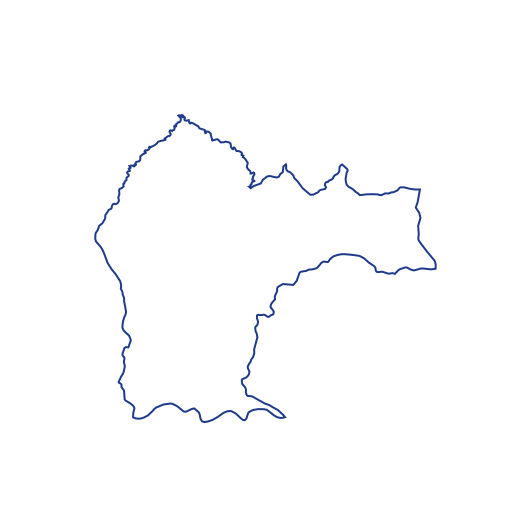 Vijes, Valle del Cauca, Colombia (Albers equal-area conic projection), rotated 67°
{"feature_id": "7082276B51677864129735", "entity_name": "Vijes", "entity_type": "district", "adm_level": 2, "iso_a3": "COL", "parent_name": "Colombia", "parent_adm1": "Valle del Cauca", "projection": "albers", "projection_center": [-76.484, 3.756], "detail": "fine", "context": "isolated", "style": "outline", "palette": "blue", "viewbox_px": 512, "rotation_deg": 67, "n_neighbors": 0, "source": "geoboundaries", "source_scale": "gbopen_adm2", "svg_char_len": 6134}
<svg xmlns="http://www.w3.org/2000/svg" viewBox="0 0 512 512"><g transform="rotate(67 256 256)"><path d="M415.7,292.3L413.1,293.0L406.4,296.0L402.0,299.5L398.6,301.8L395.4,305.4L383.6,314.5L381.6,318.3L380.9,318.7L379.6,318.9L377.4,318.5L375.0,317.4L373.6,317.3L372.1,317.4L369.0,318.5L367.4,318.5L364.7,317.6L364.1,316.7L364.0,312.3L362.9,309.8L361.8,308.5L359.8,307.2L356.1,307.3L354.8,307.0L352.8,304.9L351.4,302.5L349.5,300.9L348.2,298.7L346.3,296.7L344.8,295.6L341.1,294.1L331.4,286.5L327.9,285.7L324.8,285.7L322.1,284.9L321.1,284.3L319.9,281.7L318.3,280.3L317.0,279.7L313.5,279.4L311.3,278.4L310.9,277.9L311.0,277.0L312.0,275.4L312.6,273.7L312.9,272.1L313.6,271.0L316.6,269.0L316.8,268.4L317.0,267.7L316.4,265.8L316.4,262.9L314.7,261.6L314.0,261.4L311.7,261.8L309.1,262.6L308.1,262.3L306.7,261.3L305.4,259.7L303.3,255.4L301.1,254.7L299.8,253.8L296.7,250.3L294.3,249.3L293.3,248.4L292.9,247.0L292.3,242.2L297.2,232.9L294.7,228.2L288.5,222.5L288.2,221.8L288.0,221.0L289.3,215.5L289.2,212.5L290.3,209.5L290.9,205.0L290.5,203.6L287.9,198.6L287.5,197.0L287.6,195.9L289.6,192.3L289.6,191.8L288.1,189.5L287.0,186.6L286.6,184.5L286.9,180.6L287.8,176.4L289.4,172.8L293.1,166.0L296.1,161.1L297.0,160.1L300.5,157.3L305.8,154.9L311.7,151.1L313.2,150.7L316.3,151.4L317.1,151.3L317.7,151.1L318.6,149.8L319.5,146.6L320.2,145.4L323.5,141.7L324.4,140.0L325.1,137.0L326.7,135.2L324.6,130.3L324.4,128.7L324.8,123.2L325.5,121.7L329.4,118.4L331.0,116.3L332.0,109.1L332.6,107.5L336.7,100.1L337.9,95.7L334.2,94.0L331.7,93.5L329.8,93.5L319.0,96.8L308.0,99.6L304.9,100.1L303.6,99.9L299.6,97.7L291.5,94.9L285.2,89.7L279.9,88.9L273.8,90.0L269.5,86.1L258.8,79.1L257.1,83.3L254.2,88.2L250.7,92.8L249.3,96.0L249.3,97.2L250.8,99.9L251.0,102.4L250.9,105.0L250.3,106.7L250.3,109.4L248.8,112.7L249.0,116.8L247.8,118.8L246.8,119.9L244.7,124.5L242.5,130.0L240.5,136.7L238.3,137.6L235.7,139.3L232.3,140.8L228.5,143.7L225.9,144.7L223.4,144.4L220.2,143.5L215.0,140.2L213.4,138.4L212.4,138.1L211.3,138.2L205.4,141.0L205.7,142.7L206.7,144.3L210.6,146.3L212.0,148.3L212.4,149.6L212.3,150.9L212.8,152.7L213.8,154.1L214.6,154.7L215.1,156.0L215.2,159.7L215.9,160.9L215.5,162.3L215.8,163.3L216.9,164.5L217.7,164.9L220.1,164.7L221.2,166.1L220.4,171.2L220.7,172.4L221.6,173.9L221.9,179.4L220.8,182.1L212.1,186.5L203.7,188.5L199.2,190.3L196.5,190.2L194.1,191.0L191.9,192.1L190.6,193.6L189.0,194.2L187.1,194.1L184.5,192.8L183.3,192.7L184.3,195.8L189.2,198.5L190.1,201.7L191.9,203.9L191.9,205.7L191.6,206.7L187.9,211.8L187.3,213.6L187.2,214.9L188.5,219.9L191.1,223.3L190.7,231.0L191.6,234.3L189.5,235.3L189.7,233.9L188.5,233.4L188.2,233.1L188.3,232.2L186.8,231.2L186.3,230.1L186.5,228.3L186.1,228.1L184.8,229.5L183.9,229.5L182.9,228.1L182.0,228.0L180.5,225.8L179.5,225.3L178.8,225.2L178.1,225.8L178.4,227.9L177.9,228.8L177.0,228.3L175.3,228.3L174.3,228.6L173.9,229.1L171.0,229.8L169.9,229.3L167.1,227.2L162.4,228.0L160.7,228.8L159.8,229.5L158.7,228.4L157.3,229.8L156.2,228.8L155.1,228.9L152.9,230.5L151.8,232.9L147.8,233.5L147.5,234.1L148.7,235.4L148.4,235.9L145.8,236.4L142.8,235.5L141.3,236.0L138.8,239.3L138.7,241.4L137.9,243.0L137.8,243.9L136.6,244.5L134.2,245.3L133.3,246.1L132.6,250.9L132.0,251.2L130.8,250.7L128.6,250.6L125.7,249.9L123.1,251.0L122.2,252.5L123.2,254.2L123.1,254.6L121.3,254.4L120.8,253.9L120.0,254.0L116.3,258.2L113.9,258.5L112.5,259.8L110.3,261.2L108.4,263.0L107.9,263.6L108.4,264.5L108.1,265.1L106.9,265.3L104.6,264.9L104.3,267.1L103.3,268.5L102.5,268.6L101.1,267.4L100.5,267.5L99.6,269.4L98.9,269.4L98.7,268.2L98.0,268.4L97.1,269.2L97.2,270.0L97.7,270.4L97.7,270.9L96.3,271.9L96.4,272.6L99.7,271.5L100.8,271.7L101.9,272.4L102.9,273.8L102.5,275.6L103.2,276.7L103.5,278.1L105.1,278.6L105.4,279.2L104.3,279.9L104.3,280.1L104.9,280.7L106.8,281.1L107.9,282.1L107.8,283.6L108.2,284.4L107.0,285.3L107.0,286.4L107.8,287.1L110.5,286.9L111.5,287.8L111.7,289.1L111.3,289.9L112.1,293.8L112.3,294.2L113.3,293.8L113.7,294.1L112.6,300.3L112.8,302.0L113.6,303.1L114.5,306.3L114.6,310.2L113.8,311.4L114.3,312.1L115.3,311.9L115.9,312.8L116.2,314.9L115.5,316.4L115.6,317.2L116.5,317.9L117.6,317.1L118.0,317.2L118.2,320.7L119.1,323.5L122.1,324.9L122.8,325.6L123.1,327.0L122.7,328.8L122.9,330.2L123.5,330.7L124.9,330.7L125.2,331.1L124.6,331.9L124.6,332.3L125.7,332.5L125.9,333.0L125.7,333.5L124.9,334.0L124.3,334.8L123.9,335.8L124.3,336.5L123.9,337.2L125.7,337.0L125.7,338.6L126.0,339.1L127.7,338.6L128.4,338.9L128.2,340.9L128.3,341.5L129.0,342.1L129.8,342.1L131.6,341.4L132.5,341.9L133.4,344.6L135.6,345.7L136.0,347.5L137.7,348.9L137.5,349.4L137.8,350.0L140.4,350.8L141.0,353.3L141.0,355.3L141.6,356.1L146.0,357.8L148.3,359.9L151.2,360.4L151.9,360.9L153.2,362.6L153.5,363.9L153.3,365.3L152.5,366.2L152.4,367.2L153.4,368.8L155.7,370.5L156.0,371.6L156.0,373.6L157.3,375.2L159.5,378.7L162.2,380.0L163.4,381.2L165.8,384.6L167.0,388.6L170.4,391.7L172.1,394.4L173.4,395.4L177.5,397.3L180.1,397.6L187.1,395.4L190.2,394.9L192.9,394.8L204.6,395.3L211.7,394.1L217.5,392.4L226.0,390.9L228.6,391.2L231.1,391.9L233.3,393.2L236.5,393.0L240.0,393.8L243.1,393.8L245.8,395.0L256.1,397.3L257.5,397.9L259.5,399.5L260.7,401.0L264.3,404.0L267.1,405.7L269.9,407.0L272.8,406.9L275.1,406.1L279.6,404.0L282.8,403.9L284.9,404.3L290.2,409.2L289.0,411.5L289.4,413.1L294.0,417.2L295.3,417.6L297.7,417.0L298.7,417.0L301.8,419.0L306.2,419.8L309.8,422.2L312.1,424.1L314.5,427.5L318.2,431.6L318.8,431.8L320.9,430.3L321.8,430.1L324.2,431.0L328.4,430.1L336.6,432.9L338.2,432.5L342.5,429.3L344.6,428.2L345.8,427.6L347.9,427.3L348.6,427.4L352.7,430.4L356.5,432.2L358.8,429.8L360.3,426.7L360.8,424.2L360.9,422.4L360.5,417.6L358.3,411.8L357.0,409.3L356.5,407.2L356.5,399.4L358.4,392.4L359.6,390.5L363.5,387.2L370.2,383.7L371.1,383.0L372.0,381.1L371.7,374.7L372.2,372.4L377.1,369.9L379.5,369.7L384.3,370.7L387.0,370.3L388.0,369.4L388.9,367.8L389.5,365.2L389.9,360.1L389.2,354.0L387.7,347.3L387.7,343.3L388.6,340.3L389.4,339.1L393.2,336.1L399.8,333.2L401.7,332.1L402.6,331.1L402.7,330.1L402.0,328.5L398.0,325.0L397.2,324.1L396.9,323.1L396.6,319.0L397.8,313.8L400.0,308.8L401.8,306.1L409.7,301.7L412.3,299.8L413.5,298.4L414.7,296.6L415.3,294.9L415.7,292.3Z" fill="none" stroke="#1e3a8a" stroke-width="2"/></g></svg>